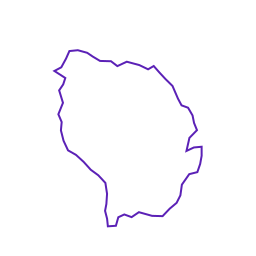 outline of Várzea Paulista, São Paulo, Brazil, rotated 155°
{"feature_id": "56859067B65846864645175", "entity_name": "Várzea Paulista", "entity_type": "district", "adm_level": 2, "iso_a3": "BRA", "parent_name": "Brazil", "parent_adm1": "São Paulo", "projection": "albers", "projection_center": [-46.824, -23.221], "detail": "fine", "context": "isolated", "style": "outline", "palette": "violet", "viewbox_px": 256, "rotation_deg": 155, "n_neighbors": 0, "source": "geoboundaries", "source_scale": "gbopen_adm2", "svg_char_len": 862}
<svg xmlns="http://www.w3.org/2000/svg" viewBox="0 0 256 256"><g transform="rotate(155 128 128)"><path d="M187.8,47.4L180.3,44.5L174.5,51.2L167.9,51.2L162.4,45.7L153.7,47.1L143.3,38.2L133.9,33.5L124.2,37.3L115.6,39.6L109.0,44.8L103.1,53.9L92.0,60.3L83.8,58.7L77.8,64.9L73.0,71.7L69.2,79.9L76.5,82.5L84.7,82.5L76.5,93.1L66.4,96.9L66.0,104.7L64.2,112.1L65.0,121.0L69.9,125.9L70.3,133.5L69.9,147.3L73.3,156.4L76.1,165.1L78.5,173.3L85.0,172.7L91.1,180.2L101.1,188.6L111.5,188.6L115.2,195.7L125.0,200.6L129.8,207.7L133.2,213.4L140.6,219.7L148.6,222.5L154.8,217.1L162.8,211.2L170.6,210.8L163.7,199.8L168.3,194.9L174.5,191.2L176.3,178.3L185.3,169.9L185.6,161.4L189.8,154.2L191.8,143.7L191.8,133.1L186.5,125.6L182.5,116.0L179.4,105.9L174.9,97.7L171.7,87.8L174.8,77.2L179.7,68.3L183.8,62.6L185.3,54.6L187.8,47.4Z" fill="none" stroke="#5b21b6" stroke-width="2"/></g></svg>